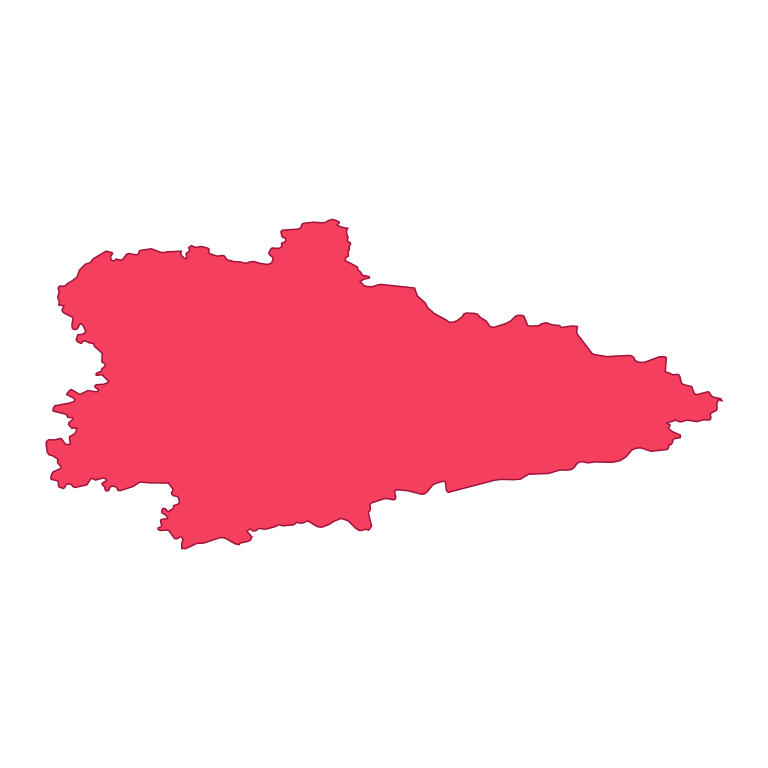 the Region of Kurgan
{"feature_id": "RUS-2380", "entity_name": "Kurgan", "entity_type": "Region", "adm_level": 1, "iso_a3": "RUS", "parent_name": "Russia", "parent_adm1": "", "projection": "equal_earth", "projection_center": [64.14, 55.502], "detail": "fine", "context": "isolated", "style": "filled", "palette": "rose", "viewbox_px": 768, "rotation_deg": 0, "n_neighbors": 0, "source": "natural_earth", "source_scale": "10m", "svg_char_len": 6010}
<svg xmlns="http://www.w3.org/2000/svg" viewBox="0 0 768 768"><path d="M721.9,400.7L718.5,399.7L716.8,403.8L717.1,408.5L716.5,410.4L711.9,412.7L710.3,414.1L710.9,417.5L710.7,418.8L709.7,420.0L703.6,419.8L697.0,421.6L686.9,420.1L681.8,421.7L679.8,421.8L675.4,420.2L667.0,423.1L670.1,425.1L668.5,428.7L672.4,431.6L680.5,435.2L680.2,437.7L675.1,438.5L673.3,439.4L672.1,443.2L671.2,444.4L669.0,445.1L668.4,448.3L666.7,449.6L651.1,451.3L641.3,448.0L638.2,447.9L634.7,448.7L631.8,450.1L626.0,456.9L620.2,460.6L612.6,462.3L594.6,461.9L588.1,462.9L581.4,461.6L578.7,462.4L576.3,464.4L574.3,467.4L571.7,469.4L567.8,470.1L560.2,470.0L548.2,473.5L528.6,474.2L520.5,479.1L514.2,479.7L501.4,479.4L495.0,480.1L448.1,492.4L446.4,490.4L445.4,482.2L443.5,481.1L436.2,483.2L432.9,484.8L427.3,491.7L424.7,493.8L421.6,494.3L407.6,490.7L397.9,489.8L395.1,490.5L394.6,492.1L395.8,496.7L395.1,499.3L393.0,499.8L387.2,498.6L384.3,498.7L371.6,502.9L369.9,504.4L370.4,509.8L368.3,512.7L371.6,526.0L368.7,530.1L364.7,529.2L362.0,530.6L358.8,530.3L355.9,528.4L347.9,520.6L341.1,518.5L334.8,520.9L328.5,524.7L322.0,527.2L318.4,526.9L315.2,525.5L307.7,520.7L303.5,522.8L301.0,523.2L296.5,522.4L294.2,524.5L293.0,524.9L283.1,525.8L279.1,524.7L275.2,526.6L267.3,528.8L264.8,529.2L258.9,528.4L255.5,530.9L253.0,530.9L249.9,528.9L247.5,530.9L247.4,531.8L252.0,537.0L250.3,540.3L247.1,541.6L240.2,543.0L239.1,544.7L234.9,543.7L226.6,538.9L223.7,537.8L220.1,537.6L203.6,543.1L196.8,543.4L185.8,548.6L181.8,548.6L181.7,543.6L183.0,539.4L181.6,537.2L180.0,536.9L176.8,538.9L174.6,538.6L168.8,530.6L167.6,530.0L160.5,530.5L158.8,529.9L158.0,529.1L158.3,527.7L160.7,527.0L161.7,525.6L160.6,521.7L160.8,519.9L162.3,519.2L166.5,518.9L167.6,517.7L165.7,515.0L162.0,512.9L161.6,511.1L162.5,509.0L163.7,508.4L165.1,508.7L168.4,511.9L170.4,509.9L172.9,509.1L173.8,505.6L178.4,504.0L179.0,503.1L179.3,501.7L178.7,498.4L178.0,497.1L177.0,496.3L173.6,495.8L171.8,494.3L171.5,492.6L172.8,490.6L172.9,489.1L168.4,483.1L148.8,482.8L140.7,482.0L139.5,482.2L133.3,486.4L120.0,490.7L118.0,490.4L116.9,487.8L116.0,487.1L114.5,486.4L112.0,486.2L110.1,487.1L108.8,490.2L107.8,490.9L106.0,490.8L105.1,489.5L104.8,487.3L101.9,484.3L102.2,483.1L106.2,480.9L106.4,480.2L105.4,478.8L103.3,477.9L95.5,480.1L92.1,478.3L90.4,479.5L86.8,484.9L74.9,487.5L73.4,486.9L71.4,484.6L68.3,483.8L66.4,484.5L64.6,487.6L63.5,488.4L59.3,487.2L58.4,485.8L58.3,481.5L56.7,480.6L51.3,479.4L50.8,477.9L51.5,474.8L52.8,472.1L60.8,468.3L61.4,467.1L58.5,464.0L57.5,462.2L58.0,459.7L57.7,459.1L52.7,455.8L49.3,454.9L47.3,452.4L46.1,444.1L46.5,441.6L48.4,439.8L54.7,439.9L60.4,438.4L61.6,439.0L65.6,444.3L69.2,444.6L70.0,444.2L70.1,442.2L69.5,438.5L69.6,436.7L74.8,433.7L76.2,431.2L76.6,428.0L71.7,428.2L68.6,424.6L68.9,422.5L72.5,419.6L72.8,418.3L72.4,417.7L67.8,417.4L66.3,414.3L53.5,411.2L53.0,410.5L53.4,407.9L54.9,405.8L68.9,403.2L74.2,401.5L74.8,399.5L74.0,398.2L66.9,394.7L66.7,394.0L70.0,390.1L71.4,389.6L79.9,394.5L87.9,390.5L96.6,391.9L97.9,391.3L98.6,389.7L95.4,387.6L94.8,386.0L95.2,385.4L96.7,384.7L104.0,384.2L107.9,382.5L108.8,381.4L101.9,374.7L97.0,375.3L96.2,375.1L96.0,374.1L96.9,373.0L101.3,371.3L101.8,368.9L105.0,366.2L105.3,365.4L105.0,364.0L101.9,362.0L102.2,353.3L94.6,346.5L93.4,343.6L92.7,343.2L89.8,343.1L86.6,341.4L84.1,340.8L82.7,341.5L81.9,342.9L80.7,343.3L77.3,341.6L76.2,339.8L77.8,334.7L81.5,334.5L85.2,332.9L85.4,330.3L83.5,326.5L81.6,323.9L80.9,323.8L79.6,324.5L78.1,327.8L76.3,329.6L73.5,329.3L72.3,328.2L71.9,324.8L73.1,318.1L72.0,317.0L64.6,313.3L62.4,311.6L62.0,309.9L64.1,305.8L58.7,305.0L59.4,302.3L57.7,297.1L59.2,291.7L58.1,288.2L58.6,287.2L60.1,285.9L62.7,286.3L65.0,285.9L68.2,282.9L70.6,281.9L77.0,277.2L79.5,270.1L85.2,264.3L90.5,262.5L93.0,258.9L106.0,251.2L111.9,252.5L112.6,253.6L110.9,255.9L110.6,257.8L111.2,259.5L112.1,260.6L113.9,260.8L114.7,260.6L116.0,259.0L119.7,260.0L122.6,259.7L126.5,254.3L128.8,253.5L134.8,254.6L137.6,254.6L138.3,254.1L139.5,250.8L140.2,250.4L151.3,248.8L160.8,252.3L163.9,252.6L166.1,251.9L181.3,251.2L180.8,253.8L181.2,255.0L183.9,258.0L186.3,258.8L186.6,258.4L186.1,253.5L189.6,250.9L188.8,247.6L191.4,245.6L195.3,247.4L201.6,246.5L207.4,248.0L208.7,248.7L209.0,249.5L208.8,252.7L209.8,253.7L217.2,256.2L221.4,255.5L223.7,255.7L224.6,256.2L226.7,259.6L234.6,261.8L239.2,261.8L246.0,263.3L250.4,261.8L253.8,261.5L259.9,263.3L266.9,264.4L269.8,263.8L271.7,262.7L273.0,259.3L273.0,257.7L269.1,254.3L268.9,252.6L270.7,249.2L272.1,248.0L278.4,248.4L280.3,247.8L281.7,246.4L281.6,243.3L285.4,241.6L285.8,238.7L282.0,236.7L280.9,231.9L281.6,230.8L283.0,230.1L297.4,229.2L300.7,227.9L301.9,224.3L303.2,223.4L313.1,222.2L322.9,222.9L325.4,222.4L328.2,220.7L332.3,219.4L336.0,220.4L339.3,222.2L339.2,223.0L337.2,224.9L337.1,225.3L337.6,225.7L343.8,227.7L347.8,228.3L346.4,230.9L346.7,233.6L348.1,237.8L347.0,240.7L349.9,242.6L350.7,243.7L349.2,246.5L349.4,249.8L348.0,251.5L348.5,256.0L345.8,257.6L345.2,260.5L357.2,266.9L358.2,270.1L360.3,271.8L362.6,275.3L369.1,276.6L369.5,277.6L369.2,278.1L364.6,279.0L359.9,281.3L364.1,285.6L366.9,286.5L372.5,286.7L378.7,284.6L381.7,284.5L414.6,288.0L417.3,295.9L425.6,303.3L427.4,307.5L434.1,313.4L446.5,320.1L449.5,322.4L453.0,322.2L456.8,320.9L462.1,316.9L464.0,313.9L466.3,313.0L474.6,313.4L477.5,314.2L480.3,317.4L486.0,320.9L489.9,326.2L491.3,327.0L494.1,327.3L506.5,323.3L511.1,320.6L515.7,316.0L517.7,315.4L521.1,315.3L523.3,315.8L524.1,316.5L527.6,325.3L529.6,326.1L537.7,325.8L539.8,325.2L541.5,323.8L546.1,322.7L552.0,324.8L558.8,325.4L559.9,325.8L560.4,326.9L562.1,327.4L571.5,326.0L576.8,326.3L577.5,326.8L576.6,331.7L577.1,333.9L592.3,353.7L594.8,354.6L606.7,356.6L629.9,355.4L631.8,356.0L634.0,357.7L634.9,360.1L636.8,361.4L638.8,362.3L641.7,362.4L644.8,362.2L659.3,356.8L665.0,356.8L666.3,357.9L665.3,371.9L669.0,372.9L672.9,374.9L677.4,374.3L678.9,375.0L680.0,376.9L681.6,383.5L684.0,384.7L691.7,386.6L694.0,392.8L695.0,394.0L697.0,394.6L708.1,391.7L709.4,392.6L711.6,396.2L713.8,397.2L720.7,398.7L721.9,400.7Z" fill="#f43f5e" stroke="#9f1239" stroke-width="1.5"/></svg>